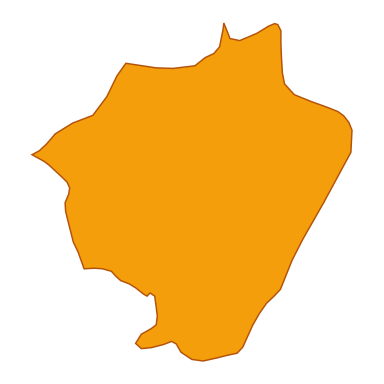 Bau, Sarawak, Malaysia
{"feature_id": "92858781B57032807608954", "entity_name": "Bau", "entity_type": "district", "adm_level": 2, "iso_a3": "MYS", "parent_name": "Malaysia", "parent_adm1": "Sarawak", "projection": "orthographic", "projection_center": [110.089, 1.382], "detail": "fine", "context": "isolated", "style": "filled", "palette": "amber", "viewbox_px": 384, "rotation_deg": 0, "n_neighbors": 0, "source": "geoboundaries", "source_scale": "gbopen_adm2", "svg_char_len": 1166}
<svg xmlns="http://www.w3.org/2000/svg" viewBox="0 0 384 384"><path d="M39.3,150.8L32.0,154.7L44.5,161.6L48.6,164.7L55.3,170.9L62.0,177.1L67.1,182.2L69.7,187.9L68.7,194.1L65.1,202.8L65.6,211.1L68.2,221.9L70.7,231.7L73.3,242.0L78.0,251.8L84.1,268.8L94.4,268.2L102.7,268.8L111.4,271.3L116.1,276.5L120.7,280.6L128.9,283.7L135.6,287.8L143.4,294.0L147.0,296.1L150.1,293.0L154.7,296.1L156.2,306.9L157.3,316.1L156.2,324.9L150.6,329.0L141.3,334.2L135.6,343.4L141.3,348.6L151.6,347.6L163.5,344.5L171.7,341.4L176.3,344.0L181.0,352.2L191.8,359.4L203.1,361.0L217.0,357.9L227.3,355.3L237.1,353.2L237.6,352.7L242.8,347.1L252.6,325.4L259.3,313.6L266.5,303.3L274.7,295.5L280.4,289.4L292.2,260.0L303.0,238.9L323.6,202.8L350.9,152.3L352.0,130.2L348.9,122.5L343.7,115.8L338.1,111.7L329.3,108.1L310.8,101.4L294.3,94.7L284.5,83.9L282.4,73.0L281.4,56.6L280.9,43.2L280.9,30.8L277.8,24.6L274.7,23.6L268.5,26.2L256.7,33.4L239.7,40.6L229.9,38.5L228.4,34.4L223.8,23.0L223.2,28.7L219.6,46.8L213.9,53.5L205.2,57.6L194.9,65.8L173.2,68.4L156.3,67.9L125.9,63.3L117.1,75.6L106.8,96.7L92.9,115.3L72.8,123.0L55.3,133.8L46.5,144.1L39.3,150.8Z" fill="#f59e0b" stroke="#b45309" stroke-width="1.5"/></svg>